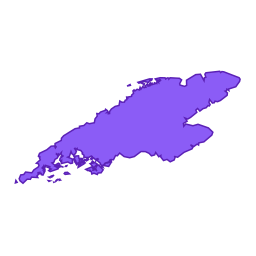 the district of Small Malaita, Malaita, Solomon Islands, rotated 275°
{"feature_id": "97153195B48441070638838", "entity_name": "Small Malaita", "entity_type": "district", "adm_level": 2, "iso_a3": "SLB", "parent_name": "Solomon Islands", "parent_adm1": "Malaita", "projection": "orthographic", "projection_center": [161.435, -9.524], "detail": "fine", "context": "isolated", "style": "filled", "palette": "violet", "viewbox_px": 256, "rotation_deg": 275, "n_neighbors": 0, "source": "geoboundaries", "source_scale": "gbopen_adm2", "svg_char_len": 5605}
<svg xmlns="http://www.w3.org/2000/svg" viewBox="0 0 256 256"><g transform="rotate(275 128 128)"><path d="M192.5,214.4L189.8,200.8L188.3,199.9L185.3,201.1L184.7,199.7L181.8,199.6L187.9,195.5L187.1,190.8L180.7,182.1L175.6,182.7L174.4,180.8L175.3,176.1L176.6,175.6L180.6,177.2L182.0,174.9L181.7,165.7L180.4,164.5L181.3,164.4L181.3,162.7L180.1,161.3L181.2,160.6L180.9,155.7L179.3,150.8L178.4,151.5L178.2,154.7L178.6,154.6L179.0,155.0L179.0,155.3L178.4,154.8L178.2,156.1L177.2,155.3L177.4,153.8L176.1,154.3L177.2,152.7L174.8,152.8L175.5,149.8L174.5,151.2L173.2,147.9L175.5,148.3L173.3,147.6L172.7,146.3L174.1,147.1L175.0,146.3L173.1,145.2L172.0,146.0L171.4,144.3L173.6,143.4L171.3,141.5L170.3,141.3L170.6,141.6L170.6,142.1L169.7,142.9L170.6,141.7L170.0,141.3L170.0,139.4L170.9,139.3L167.8,137.5L169.6,136.5L166.9,136.0L167.4,133.7L165.5,131.6L166.5,130.7L165.4,129.7L163.0,130.5L161.2,128.8L159.8,128.8L158.8,125.0L158.0,125.1L158.5,124.0L156.2,124.4L155.4,122.8L153.5,122.2L153.1,119.7L154.2,117.5L149.7,117.1L148.4,113.3L145.5,109.8L142.8,108.2L140.8,108.4L140.5,107.2L141.8,107.3L141.5,105.7L142.4,106.6L143.5,106.0L144.7,104.0L143.6,103.8L141.5,99.2L139.7,97.9L139.7,95.7L137.1,96.3L134.3,94.4L130.3,94.0L128.9,89.1L129.6,86.5L126.6,83.8L125.5,79.5L123.9,79.7L122.7,75.3L114.7,64.6L112.0,62.6L109.8,62.6L106.2,56.7L104.3,56.8L103.0,58.1L101.8,57.4L103.7,56.4L103.2,53.0L99.2,49.0L95.1,42.1L92.1,41.2L91.4,42.8L90.7,42.3L88.7,43.4L84.9,39.8L84.5,41.9L82.8,42.6L81.2,41.8L78.1,37.9L75.0,36.1L75.2,29.8L72.6,28.2L71.9,25.2L68.0,24.0L66.0,25.0L63.8,28.2L68.2,32.0L68.4,35.2L70.6,36.2L70.8,42.5L72.3,41.5L73.8,42.7L75.7,42.3L76.1,44.1L74.6,43.9L75.1,45.5L73.9,45.8L73.7,47.4L77.0,48.7L76.8,47.5L77.9,49.0L79.4,48.9L78.9,47.6L81.3,48.6L80.9,47.8L82.1,47.3L79.8,47.0L80.7,45.9L82.4,47.1L82.7,48.8L83.6,48.9L82.8,52.9L81.8,51.4L81.2,53.8L80.0,53.5L80.6,54.3L80.4,55.0L78.6,52.7L77.8,54.3L81.2,61.9L82.7,62.4L83.8,64.7L83.3,67.2L84.5,63.4L82.3,61.5L83.0,61.6L82.6,60.8L83.5,58.8L85.4,63.2L86.2,63.1L86.9,61.7L84.5,58.4L86.6,55.3L87.4,57.1L90.4,58.0L91.7,60.0L94.2,61.2L94.3,60.4L94.9,60.3L95.5,59.0L96.1,59.0L95.3,60.3L96.1,60.8L95.0,61.7L97.7,63.7L96.1,63.5L94.2,65.5L91.9,63.0L90.0,62.8L89.7,63.9L88.0,63.9L89.5,64.7L86.9,64.9L88.9,71.0L87.6,74.0L88.2,75.7L92.3,75.2L93.7,70.5L94.6,72.1L99.6,73.3L97.3,74.5L96.4,76.3L97.9,77.9L100.3,78.6L102.9,76.6L103.2,77.0L102.1,77.8L103.2,79.1L102.0,79.4L101.5,82.9L99.2,85.0L98.3,84.6L97.0,86.6L95.1,86.6L95.0,90.9L96.9,93.9L96.4,94.9L95.2,94.4L95.3,96.3L93.8,98.1L94.9,100.6L94.4,101.1L93.1,99.9L90.4,103.6L89.0,103.5L88.5,106.5L91.1,108.3L92.5,111.8L94.9,113.0L95.1,116.3L99.5,118.0L99.4,119.8L102.3,121.9L99.2,126.6L98.5,132.3L100.1,136.8L105.7,143.0L106.0,147.4L104.6,151.2L102.3,153.8L103.5,156.9L106.0,157.7L102.0,161.2L103.5,163.1L101.9,163.2L98.7,166.2L100.1,169.6L98.0,173.0L100.2,176.8L103.0,177.5L103.8,176.5L103.2,180.0L108.7,186.0L112.8,193.6L114.4,194.3L116.8,191.7L115.3,195.2L118.0,198.3L117.2,199.8L119.4,199.9L120.8,204.8L128.2,212.1L131.2,212.9L135.1,208.1L137.8,197.4L135.9,192.5L137.0,185.1L134.6,183.4L137.4,182.8L139.9,186.3L142.9,183.9L142.1,186.7L144.0,189.4L149.6,195.2L151.7,194.0L153.5,195.6L151.1,198.1L153.8,201.0L155.0,204.1L157.4,205.8L157.0,207.0L158.4,207.8L160.6,206.4L163.5,206.8L160.2,209.9L160.7,211.8L162.3,212.3L162.0,214.9L163.5,217.7L169.2,223.9L171.6,224.0L173.2,221.6L173.6,222.8L175.3,223.1L174.1,225.2L175.6,224.8L178.5,231.8L184.1,235.1L186.4,235.4L187.8,234.3L192.3,218.6L192.4,216.6L191.3,215.5L192.5,214.4ZM88.6,101.7L87.2,99.9L84.6,99.3L82.3,100.8L84.7,98.3L83.0,97.7L82.9,96.7L84.2,97.0L86.0,95.1L83.1,89.5L82.0,91.8L82.6,93.9L82.0,94.4L81.9,93.0L81.4,95.2L79.0,96.0L80.0,98.0L79.0,101.5L80.6,102.1L81.0,105.1L84.2,106.9L88.6,101.7ZM96.0,81.2L95.2,76.5L93.7,77.7L92.3,76.4L91.6,78.2L89.8,79.1L89.4,78.1L88.5,80.1L88.0,79.2L86.9,80.1L88.7,81.3L89.1,82.9L87.8,81.3L87.5,83.5L89.4,83.8L89.6,82.7L90.5,84.6L90.5,85.8L88.9,87.5L89.5,88.4L92.3,85.7L92.0,82.8L90.2,82.3L92.2,82.4L92.8,83.4L93.5,81.8L96.0,81.2ZM179.0,147.8L178.8,145.1L174.4,133.9L173.6,134.9L175.9,140.8L175.1,144.2L177.7,145.9L177.1,146.6L177.9,147.5L179.0,147.8ZM90.6,98.3L89.2,93.4L85.5,97.5L89.4,100.4L90.6,98.3ZM92.2,114.2L92.2,112.6L91.2,110.2L91.2,108.8L88.5,107.3L88.0,112.1L92.2,114.2ZM90.4,84.8L87.6,84.0L87.1,83.2L87.5,82.0L84.4,81.7L88.2,87.0L90.4,84.8ZM78.6,71.6L78.2,69.1L77.0,68.4L76.3,69.5L77.2,73.7L78.6,71.6ZM94.8,90.2L91.9,88.8L91.6,89.4L93.2,91.5L94.8,90.2ZM95.0,113.7L94.5,112.9L92.4,112.3L92.8,114.5L95.0,113.7ZM90.9,97.2L92.0,95.5L90.1,94.5L90.9,97.2ZM64.2,22.3L66.0,20.9L63.5,20.6L64.2,22.3ZM74.6,58.4L73.3,55.4L72.8,55.3L72.4,56.3L74.6,58.4ZM94.4,96.0L94.3,93.6L93.4,94.0L94.4,96.0ZM87.6,105.9L87.6,104.3L86.7,106.5L87.6,105.9ZM71.1,63.1L70.0,61.3L68.8,60.6L68.5,60.7L71.1,63.1ZM68.5,55.0L68.6,53.2L67.9,53.9L68.5,55.0ZM171.5,126.3L169.7,123.4L170.7,126.7L171.5,126.3ZM71.4,65.1L70.8,63.8L69.8,64.1L70.2,65.2L70.7,64.3L71.4,65.1ZM72.6,54.8L72.2,53.5L71.7,54.6L72.6,54.8ZM94.1,100.4L93.5,99.2L92.6,99.0L94.1,100.4ZM93.0,87.4L92.0,87.3L92.2,88.7L92.7,88.8L93.0,87.4ZM85.2,70.4L84.9,69.4L84.3,69.1L84.4,70.1L85.2,70.4ZM83.2,60.8L83.4,59.3L83.0,60.2L83.2,60.8ZM173.6,139.1L173.4,138.6L173.0,139.7L173.6,139.1ZM90.9,78.1L91.1,77.1L90.5,77.7L90.9,78.1ZM94.2,64.8L94.0,64.1L93.8,64.5L94.2,64.8ZM67.8,59.7L67.6,58.7L67.4,58.8L67.8,59.7ZM93.6,85.4L93.6,84.6L93.2,85.1L93.6,85.4ZM82.5,49.4L82.6,48.7L82.1,48.8L82.5,49.4ZM83.5,61.2L84.2,60.8L83.7,60.7L83.5,61.2ZM173.3,140.4L173.0,140.0L172.7,140.3L173.3,140.4ZM81.9,48.6L82.1,47.9L81.9,48.6ZM83.2,62.1L83.3,61.4L83.2,61.4L83.2,62.1Z" fill="#8b5cf6" stroke="#5b21b6" stroke-width="1.5"/></g></svg>